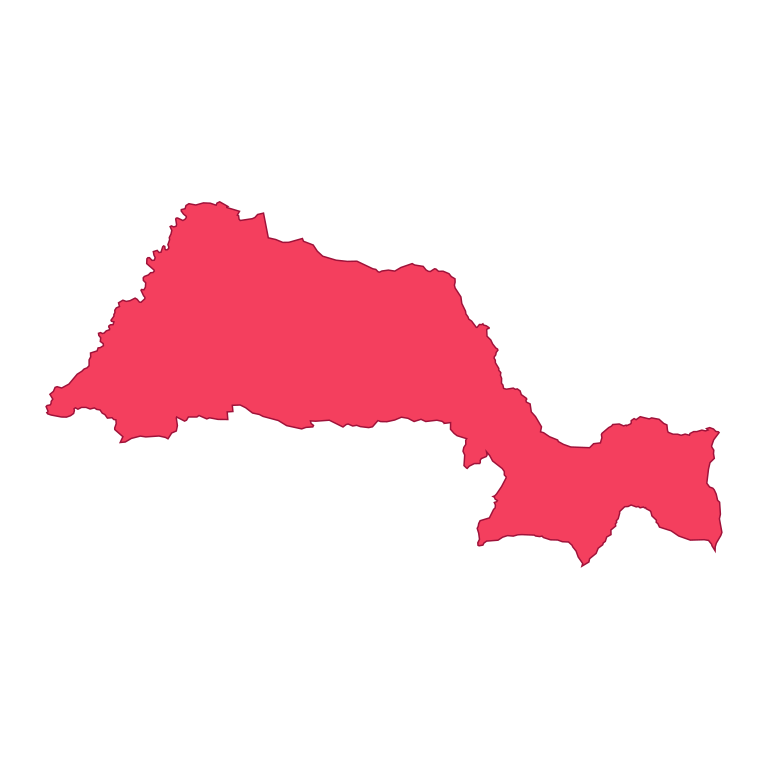 outline of Zabala, Covasna, Romania
{"feature_id": "2599482B30667106455324", "entity_name": "Zabala", "entity_type": "district", "adm_level": 2, "iso_a3": "ROU", "parent_name": "Romania", "parent_adm1": "Covasna", "projection": "albers", "projection_center": [26.222, 45.876], "detail": "fine", "context": "isolated", "style": "filled", "palette": "rose", "viewbox_px": 768, "rotation_deg": 0, "n_neighbors": 0, "source": "geoboundaries", "source_scale": "gbopen_adm2", "svg_char_len": 6089}
<svg xmlns="http://www.w3.org/2000/svg" viewBox="0 0 768 768"><path d="M46.8,412.6L47.6,413.8L51.0,415.0L61.4,417.0L66.5,417.1L70.5,415.7L73.6,413.5L74.4,410.6L74.0,408.8L75.4,407.8L77.9,409.2L81.5,407.4L86.1,407.4L90.1,409.0L94.4,407.9L96.7,409.4L100.0,409.9L102.2,413.1L104.9,414.6L107.4,418.1L112.0,417.7L113.8,419.5L115.9,419.8L116.2,423.7L114.7,428.0L114.8,429.6L122.9,436.7L120.2,442.5L125.3,442.0L131.4,438.4L140.3,436.1L145.8,436.9L159.0,436.0L165.4,437.4L168.0,438.8L171.7,433.0L176.3,431.0L177.4,425.6L176.3,418.0L176.6,417.0L184.6,421.1L186.5,420.2L188.4,417.0L196.9,417.0L199.0,415.5L206.8,418.9L209.6,417.8L218.1,419.4L227.8,419.5L227.2,411.9L232.9,411.5L232.3,405.3L240.2,405.0L245.6,407.7L252.5,413.0L259.4,414.5L263.0,416.4L278.3,420.5L286.6,425.6L301.7,428.9L305.9,427.4L312.8,426.9L313.5,425.4L311.1,423.5L310.4,420.9L315.6,421.2L329.3,420.2L343.0,427.0L346.2,424.5L348.1,424.0L352.7,426.0L356.7,425.3L360.3,426.6L368.7,427.6L372.5,426.8L377.9,420.6L380.7,421.6L386.9,421.7L394.7,420.0L401.4,417.2L408.0,418.3L414.1,421.5L421.0,419.3L425.7,421.5L436.9,420.2L442.0,421.3L444.1,422.8L444.1,423.4L450.6,422.6L450.5,429.3L454.1,433.4L457.1,435.7L466.7,438.7L465.7,440.4L465.8,444.4L463.8,447.4L463.0,451.2L464.7,455.0L464.0,465.6L466.5,468.0L467.2,468.4L469.3,466.1L474.3,463.6L479.7,463.5L480.3,462.4L480.2,460.4L481.3,458.6L486.3,456.5L487.1,455.0L486.5,451.7L489.7,455.6L492.6,461.0L502.2,468.5L504.3,471.5L504.3,474.9L506.1,476.9L506.1,477.9L501.6,486.5L496.6,493.9L494.7,495.9L493.1,496.5L494.4,497.2L495.2,499.2L497.4,500.5L496.6,501.7L494.3,502.5L495.4,504.9L495.2,507.8L493.6,509.4L489.4,517.9L480.1,520.7L478.7,523.5L478.2,526.4L477.2,528.3L478.7,533.2L479.5,539.3L477.8,542.8L478.0,545.3L479.1,545.8L482.9,545.1L483.9,543.1L486.6,541.1L498.0,540.2L502.6,537.2L507.5,535.6L513.3,536.1L517.8,534.8L522.0,534.6L534.2,535.1L535.6,536.0L539.7,536.6L542.0,536.1L543.4,537.5L550.4,539.8L557.7,540.0L562.3,541.7L568.5,542.0L572.1,545.3L572.7,546.8L576.1,551.1L578.2,557.0L582.7,563.5L581.9,566.2L588.9,562.0L589.6,558.7L596.1,553.4L598.2,548.2L602.7,544.8L603.3,542.9L605.3,541.4L606.7,537.0L611.0,534.6L610.9,530.0L615.7,526.0L615.4,523.8L616.7,522.4L616.3,520.8L618.2,518.7L619.7,513.1L619.6,511.6L624.7,506.7L628.1,506.5L631.1,505.0L636.2,506.9L638.3,506.5L640.1,507.8L643.4,507.0L644.5,507.9L645.6,507.6L646.1,508.7L650.0,510.7L650.9,511.9L651.9,515.9L656.4,520.2L656.2,522.3L657.8,523.6L659.5,527.1L671.1,530.8L678.7,536.0L690.3,540.1L704.2,539.7L708.5,540.4L711.5,544.1L712.0,545.8L715.1,550.8L715.2,546.8L716.4,543.0L720.8,535.5L721.9,532.4L719.4,518.8L720.4,514.2L719.6,502.2L717.6,500.3L716.2,494.1L714.2,489.8L712.8,488.2L709.6,487.0L706.8,483.2L708.5,469.1L710.0,462.6L714.3,458.4L713.5,453.6L713.8,450.2L711.7,446.9L711.6,445.9L713.7,439.8L719.1,432.6L718.4,431.8L715.8,431.4L713.5,429.0L709.7,427.6L706.5,428.6L708.1,430.0L705.5,430.9L701.9,430.1L696.8,431.6L693.7,431.6L690.0,433.5L689.5,435.2L685.1,434.1L681.1,435.3L677.7,434.2L673.0,434.2L668.2,432.3L667.5,430.5L666.9,424.9L663.8,423.5L659.1,419.3L651.6,417.9L649.2,418.9L640.2,416.7L636.1,419.7L634.1,418.6L631.2,420.6L631.2,423.0L630.6,423.9L626.5,425.7L626.1,425.1L623.6,425.9L619.3,424.0L612.8,424.5L611.5,426.1L608.7,427.6L602.0,433.3L601.4,434.6L601.9,437.8L600.4,442.9L593.6,443.7L589.6,447.7L570.8,447.0L563.5,444.4L558.4,441.6L557.6,440.0L549.5,436.7L543.6,432.7L540.5,431.8L541.5,426.8L535.5,416.6L531.3,411.9L530.1,403.9L526.4,402.1L525.9,400.3L526.7,399.3L526.5,398.4L521.3,394.6L520.1,390.9L517.3,388.9L515.3,389.3L513.3,388.1L506.3,389.2L503.6,388.4L502.9,385.0L501.5,383.3L501.6,378.3L500.4,375.3L500.8,372.6L498.8,370.3L498.8,368.4L495.4,362.8L495.3,360.1L494.1,358.2L494.3,356.8L495.7,355.0L496.2,352.4L497.9,350.2L497.5,349.0L495.8,348.0L492.6,343.9L490.8,340.0L487.0,336.2L486.7,329.8L487.4,328.8L489.0,328.4L489.1,327.7L486.3,325.8L483.5,325.0L482.9,323.8L481.7,324.6L479.4,324.5L477.1,327.4L476.3,327.4L471.7,321.2L468.7,319.0L468.0,316.9L465.9,313.9L465.5,311.1L461.8,303.5L460.9,296.9L455.1,288.0L454.4,285.2L455.1,282.2L455.0,278.8L451.3,276.6L449.0,273.7L443.1,271.2L438.5,271.3L435.9,269.0L434.5,268.8L430.3,271.5L428.4,271.3L426.1,270.0L423.2,266.4L414.6,265.0L412.2,263.6L400.9,267.5L394.8,271.1L388.4,270.1L381.9,271.0L379.4,272.2L378.0,271.7L375.8,269.4L372.9,268.8L356.9,261.2L347.4,261.4L336.1,260.2L322.7,256.2L317.3,251.2L313.2,245.0L303.5,241.3L302.4,238.5L288.9,242.3L282.8,242.4L275.7,239.5L268.3,237.8L263.5,213.1L257.6,214.5L254.9,217.5L252.2,218.7L240.2,220.5L239.0,219.0L238.6,215.7L237.3,215.1L239.5,211.3L226.8,207.5L226.8,206.8L227.8,206.4L219.7,201.8L217.0,203.1L216.1,205.2L210.3,203.2L203.4,202.9L195.8,205.0L188.9,203.7L186.0,205.5L185.1,208.7L181.3,209.6L181.2,211.0L183.5,214.1L186.3,216.4L186.3,217.5L185.0,219.3L182.9,220.5L177.6,218.0L176.3,218.1L175.7,219.0L176.6,224.7L176.0,226.3L173.6,226.9L171.4,225.9L170.1,226.6L171.8,230.4L171.0,234.0L169.3,237.5L169.6,239.8L167.9,244.6L168.8,247.0L168.6,248.5L167.1,249.8L165.7,249.8L165.0,249.0L164.8,246.5L163.6,245.9L162.7,246.8L161.0,252.2L159.0,252.5L157.2,250.4L153.3,251.6L154.0,255.2L155.2,257.7L154.3,260.2L152.0,260.4L149.5,257.7L147.9,257.7L146.9,258.8L146.7,263.6L153.9,269.9L154.3,271.1L153.0,272.5L150.6,272.7L148.4,274.9L144.3,276.5L143.2,277.9L143.4,280.5L145.7,282.8L145.4,287.2L143.9,289.8L141.5,289.5L141.0,290.3L143.6,295.8L144.9,297.3L144.8,298.8L141.0,302.3L139.4,302.1L137.1,299.3L135.1,298.1L130.0,300.7L126.2,301.4L122.9,300.2L118.5,302.8L119.5,306.5L116.3,307.9L114.8,310.2L114.9,312.7L113.9,314.4L113.9,316.2L111.0,320.2L111.5,321.3L113.9,321.8L113.1,324.6L110.4,324.8L108.9,325.9L108.7,326.9L109.6,328.4L109.5,329.7L106.2,330.9L104.1,333.1L102.3,333.5L100.6,332.6L98.5,333.3L98.8,335.4L100.7,337.8L100.3,341.5L103.2,343.6L103.4,345.7L100.3,347.6L98.1,347.9L97.1,350.9L90.5,353.0L90.7,356.9L89.1,359.9L89.1,365.7L87.0,367.9L84.1,369.0L81.8,371.3L77.2,374.2L68.9,384.1L61.7,388.0L57.1,386.7L55.1,387.4L53.4,391.4L49.9,394.3L52.8,399.1L51.2,401.3L51.0,403.6L50.2,404.9L47.1,405.5L46.1,406.6L48.0,411.1L47.8,412.0L46.8,412.6Z" fill="#f43f5e" stroke="#9f1239" stroke-width="1.5"/></svg>